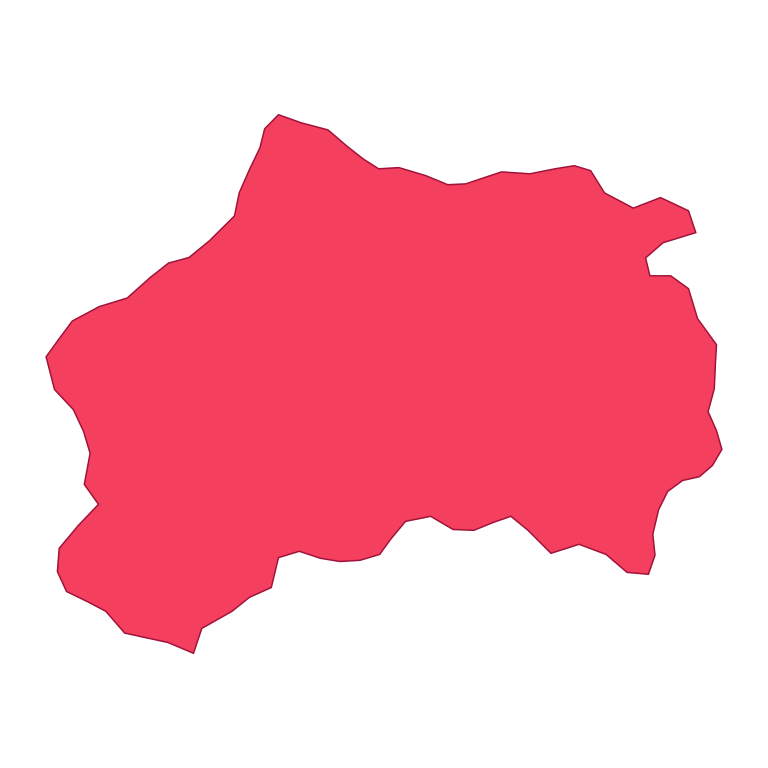 Pedra Dourada, Minas Gerais, Brazil
{"feature_id": "56859067B93045983783777", "entity_name": "Pedra Dourada", "entity_type": "district", "adm_level": 2, "iso_a3": "BRA", "parent_name": "Brazil", "parent_adm1": "Minas Gerais", "projection": "orthographic", "projection_center": [-42.153, -20.828], "detail": "fine", "context": "isolated", "style": "filled", "palette": "rose", "viewbox_px": 768, "rotation_deg": 0, "n_neighbors": 0, "source": "geoboundaries", "source_scale": "gbopen_adm2", "svg_char_len": 1244}
<svg xmlns="http://www.w3.org/2000/svg" viewBox="0 0 768 768"><path d="M99.2,306.6L72.3,321.0L59.9,337.7L46.1,356.8L54.5,389.5L73.4,409.7L83.6,431.5L90.1,453.3L84.3,484.4L98.5,504.3L78.1,525.7L59.2,548.3L57.4,571.6L66.5,591.5L86.5,601.2L105.8,611.3L124.7,633.1L148.0,638.2L167.6,642.4L193.5,653.3L201.8,628.4L232.0,611.3L249.5,597.3L271.3,587.5L278.5,557.6L299.3,551.3L320.4,558.3L340.0,561.5L360.0,560.3L379.7,554.4L390.6,539.3L405.5,521.4L430.6,516.3L453.1,529.5L473.9,530.3L493.1,522.5L510.9,516.3L528.0,530.3L551.0,553.3L579.0,544.3L606.2,554.5L627.0,572.4L648.4,574.3L655.0,555.3L652.8,534.2L658.6,509.7L667.7,491.4L682.6,480.5L699.4,476.7L712.5,465.4L721.9,449.4L716.5,430.7L708.1,411.7L714.3,388.7L715.4,363.8L716.5,344.7L697.6,318.7L688.5,288.7L670.7,275.8L649.9,275.8L645.6,257.9L663.1,242.7L695.8,232.6L688.5,210.8L660.5,197.6L633.2,208.1L604.5,192.9L590.7,170.7L574.3,165.7L555.0,168.8L529.9,173.8L501.5,171.9L484.1,177.7L465.5,183.9L447.7,184.7L426.2,175.8L398.9,167.6L378.6,168.8L363.3,159.0L346.5,145.8L328.0,129.9L301.1,122.8L278.5,114.7L264.7,128.7L259.9,147.8L249.8,168.8L239.2,192.9L234.5,215.9L209.4,240.8L189.0,257.5L168.6,263.0L150.8,277.0L127.2,298.0L99.2,306.6Z" fill="#f43f5e" stroke="#9f1239" stroke-width="1.5"/></svg>